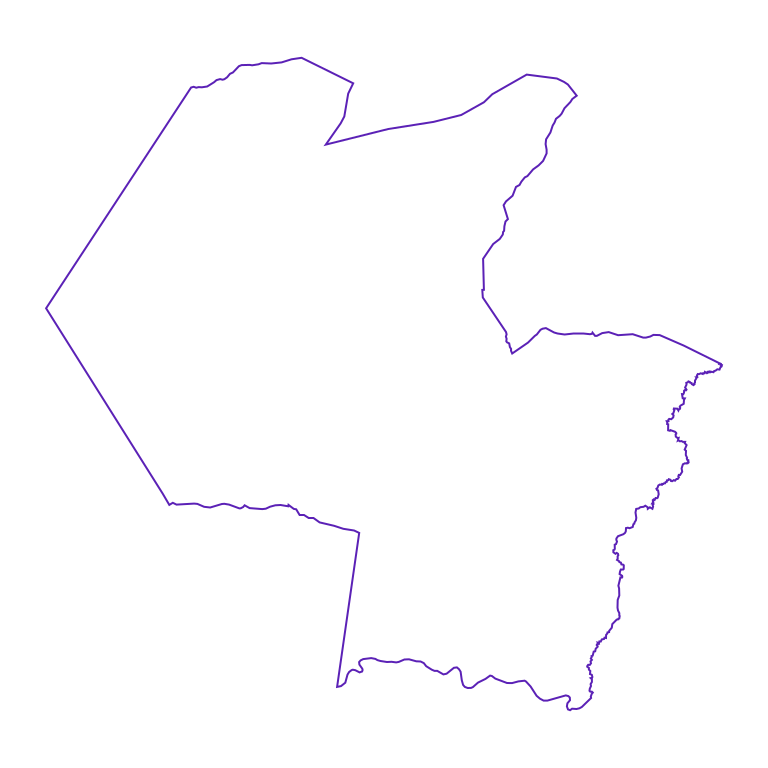 Mwandi, Western, Zambia
{"feature_id": "96606910B67741623521388", "entity_name": "Mwandi", "entity_type": "district", "adm_level": 2, "iso_a3": "ZMB", "parent_name": "Zambia", "parent_adm1": "Western", "projection": "albers", "projection_center": [24.97, -17.112], "detail": "fine", "context": "isolated", "style": "outline", "palette": "violet", "viewbox_px": 768, "rotation_deg": 0, "n_neighbors": 0, "source": "geoboundaries", "source_scale": "gbopen_adm2", "svg_char_len": 6093}
<svg xmlns="http://www.w3.org/2000/svg" viewBox="0 0 768 768"><path d="M719.3,363.2L683.8,345.6L659.7,335.1L653.4,334.9L650.3,336.5L645.9,337.6L643.2,337.6L632.7,334.2L618.1,335.2L608.7,332.1L602.2,333.1L596.8,335.9L595.1,335.9L592.5,332.6L592.0,333.8L590.0,334.2L583.2,333.5L573.7,333.5L564.6,334.5L557.5,333.5L554.1,332.5L545.9,328.1L542.6,328.7L540.5,329.8L536.8,334.5L534.8,335.9L528.0,342.6L512.2,353.5L511.0,350.7L511.1,348.9L509.9,347.1L509.2,343.4L507.0,342.3L506.3,341.3L506.6,338.8L505.9,336.6L506.6,334.3L506.0,332.0L482.8,297.5L482.3,289.9L483.9,289.8L483.1,258.8L493.2,244.0L499.8,238.9L502.8,234.5L503.1,232.0L504.1,230.8L504.4,226.2L505.5,221.5L507.9,219.1L503.6,205.2L506.0,201.4L512.6,195.7L516.0,186.9L519.5,185.0L521.4,181.6L524.8,177.4L527.4,176.1L533.1,169.4L538.6,165.4L543.1,160.9L546.6,153.4L546.6,149.7L545.6,144.1L546.1,139.3L550.4,132.5L552.7,125.5L554.5,122.6L556.0,118.8L559.7,115.9L561.6,113.7L564.5,108.2L570.3,102.1L572.4,98.9L576.7,95.7L567.9,84.5L564.0,81.9L556.9,78.5L526.7,74.6L492.3,94.2L484.0,102.2L461.2,115.0L433.5,121.9L388.3,129.0L325.8,144.6L340.7,123.3L344.3,116.5L348.2,93.6L353.2,83.3L301.6,57.8L291.5,59.3L281.6,62.4L271.2,63.5L261.7,63.1L258.5,64.3L252.1,65.3L249.8,64.9L241.6,65.1L238.9,66.2L232.9,72.5L230.0,73.8L227.1,77.3L224.4,79.2L222.6,79.7L220.1,79.1L216.5,80.1L214.1,82.2L207.2,86.5L201.8,87.3L198.7,87.1L196.2,87.7L193.7,86.8L191.1,87.5L46.1,308.3L162.8,493.8L169.3,504.9L172.8,502.8L176.5,504.6L194.1,503.6L197.4,503.9L204.1,506.8L210.2,507.5L221.9,504.0L224.3,503.8L229.1,504.6L239.4,508.4L240.7,508.3L243.2,507.0L244.6,505.3L249.6,508.1L262.3,509.1L265.8,508.7L270.1,506.7L275.3,505.3L280.5,505.0L288.3,506.3L288.5,504.9L293.8,508.9L296.2,509.3L299.6,515.0L304.0,515.0L308.7,518.0L313.5,518.0L319.6,522.4L334.1,525.8L343.3,528.8L354.1,530.5L359.2,532.9L337.1,686.9L341.0,686.1L345.3,682.7L347.5,674.6L349.1,672.0L351.6,670.1L352.8,669.7L355.3,670.2L359.6,672.4L362.1,671.5L362.6,670.0L362.3,668.7L359.4,664.6L359.1,662.1L360.6,660.4L363.2,659.1L371.2,658.1L375.4,658.9L377.4,660.1L380.5,661.0L386.9,662.0L391.5,661.8L396.2,662.4L398.8,661.9L404.4,659.5L409.0,659.3L416.3,661.3L420.6,661.5L423.8,663.1L426.2,666.2L431.8,669.7L434.6,670.9L437.3,670.9L443.4,674.4L446.6,673.7L453.9,667.8L456.9,667.4L459.0,669.2L460.6,671.7L461.8,680.3L463.1,684.9L464.8,686.9L467.7,688.0L471.1,687.9L472.9,687.1L478.0,682.6L485.5,678.9L490.1,675.6L491.9,676.0L495.3,678.6L507.0,683.0L512.0,683.1L518.4,681.4L524.6,680.7L526.0,681.5L530.6,686.5L536.6,695.8L540.0,698.7L543.6,700.6L547.4,700.6L565.8,695.4L568.4,696.1L569.8,697.5L570.0,700.2L567.4,703.3L566.9,706.4L568.0,709.4L570.1,710.2L572.1,708.7L576.5,709.0L579.4,708.3L581.8,707.0L591.1,698.0L590.8,696.6L591.7,693.9L592.8,692.6L591.9,691.7L590.3,691.7L589.5,690.8L589.8,688.6L591.0,686.0L590.6,684.1L591.9,682.0L591.9,679.2L590.7,678.1L592.1,677.7L592.4,677.0L591.8,674.8L590.0,674.1L590.3,671.0L588.9,669.6L588.9,667.9L587.2,666.7L587.4,665.8L588.2,664.8L589.8,664.9L591.0,663.3L590.5,661.4L591.9,659.9L590.8,658.6L591.7,657.0L591.5,656.1L592.7,655.6L593.7,651.6L595.2,651.3L595.7,648.7L597.6,646.8L597.7,646.2L596.7,645.0L597.1,644.2L598.6,643.9L597.8,642.6L599.1,642.8L599.4,641.4L600.8,641.5L601.8,639.4L604.0,639.0L604.5,637.7L606.0,638.0L606.1,634.9L607.3,633.5L607.5,632.4L609.1,632.1L609.2,630.8L611.8,627.7L612.3,624.1L616.7,619.6L618.3,619.3L618.4,618.7L619.3,618.4L619.7,616.0L619.3,615.5L619.3,613.1L618.0,610.5L617.5,607.7L617.7,599.9L619.3,595.5L619.1,588.5L618.4,585.7L620.4,577.4L621.9,577.6L622.3,577.0L622.1,575.8L619.6,574.1L620.0,571.6L620.8,569.5L623.2,569.5L623.7,569.0L623.8,565.3L623.2,564.7L621.4,564.4L620.9,562.6L619.4,562.1L618.9,561.0L617.0,559.9L617.7,558.6L617.6,556.3L618.3,555.3L618.0,553.8L616.7,552.9L615.5,553.8L613.4,552.3L613.3,550.2L614.5,549.6L614.8,548.8L614.7,544.7L616.0,544.1L617.0,541.6L616.3,539.8L616.4,538.5L618.0,536.2L623.4,534.2L625.1,532.8L625.8,531.3L626.0,528.1L627.8,527.7L629.6,528.2L632.7,527.0L633.4,524.2L634.3,523.7L634.5,522.5L635.9,520.3L636.3,517.8L635.5,512.5L636.2,508.9L638.7,508.5L640.3,507.2L643.6,506.8L645.3,505.7L647.7,507.3L647.8,508.8L649.9,507.3L652.4,508.8L653.1,506.6L652.6,504.8L653.5,504.1L653.4,503.1L652.4,503.2L653.0,502.3L652.8,500.1L653.4,499.6L653.8,500.2L654.2,499.5L654.7,499.8L655.6,498.0L657.0,498.2L657.7,497.7L658.7,494.2L658.1,490.4L657.1,490.1L656.4,488.8L657.5,487.9L658.3,485.5L659.9,484.5L661.9,484.8L662.1,483.9L663.3,484.0L663.8,483.4L665.1,483.3L665.5,482.2L666.8,481.8L666.9,480.4L668.3,480.2L668.8,479.2L670.5,479.8L671.0,481.0L672.2,481.2L673.9,480.1L675.0,480.7L676.5,479.0L677.7,479.0L678.9,477.3L678.3,476.3L678.8,474.9L680.1,475.0L682.2,471.7L681.6,468.4L682.9,464.3L684.9,463.3L686.3,463.5L687.1,462.9L687.7,463.3L688.6,462.5L688.3,460.3L687.7,460.5L687.2,459.7L686.8,458.6L687.1,457.8L685.8,455.0L686.0,450.8L684.7,449.6L686.6,445.1L684.7,443.1L685.1,441.9L682.9,441.9L681.6,441.1L679.8,441.3L678.4,440.2L677.9,440.5L678.6,437.9L677.7,438.1L675.8,436.6L675.6,434.4L676.3,433.7L676.2,432.9L675.1,431.8L670.4,430.1L669.9,430.8L668.1,430.3L668.2,424.3L667.1,424.0L667.3,422.5L666.7,421.2L668.5,421.1L668.4,419.7L669.2,418.9L671.3,419.2L673.2,417.4L673.6,415.3L672.3,414.0L673.4,413.1L674.3,410.3L673.7,409.4L673.9,408.5L677.4,408.7L678.4,410.5L678.9,409.3L680.0,408.8L680.2,407.8L679.7,406.9L680.4,405.7L683.7,403.8L684.0,399.9L684.8,398.4L682.7,398.3L682.0,394.1L683.3,394.2L684.0,392.7L684.1,390.7L684.8,390.1L685.9,390.4L686.5,389.7L685.1,387.5L686.5,384.7L686.3,382.8L687.8,382.3L688.4,381.4L689.9,382.0L690.1,382.7L691.6,383.1L691.8,384.1L693.5,385.1L694.5,384.2L694.2,383.6L695.0,382.5L695.0,380.6L696.7,377.7L696.2,377.2L697.3,377.0L696.9,375.4L697.8,374.0L698.8,374.2L700.8,373.3L702.8,374.0L703.1,373.2L704.4,373.3L704.9,371.9L706.2,372.8L707.1,372.2L707.3,373.0L708.8,372.2L708.8,371.6L709.6,371.4L710.5,371.6L710.5,372.2L711.8,371.8L713.5,372.2L714.2,371.0L715.5,370.7L717.3,369.3L719.5,369.6L720.4,367.4L721.3,366.7L721.0,366.1L721.7,366.0L721.9,365.2L721.4,365.2L721.0,364.0L720.1,364.1L719.8,363.4L719.2,363.6L719.3,363.2Z" fill="none" stroke="#5b21b6" stroke-width="2"/></svg>